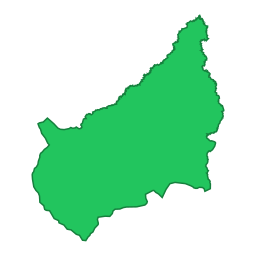 the district of Ban Kruat, Buri Ram, Thailand
{"feature_id": "78962969B45886211066420", "entity_name": "Ban Kruat", "entity_type": "district", "adm_level": 2, "iso_a3": "THA", "parent_name": "Thailand", "parent_adm1": "Buri Ram", "projection": "albers", "projection_center": [103.161, 14.416], "detail": "fine", "context": "isolated", "style": "filled", "palette": "green", "viewbox_px": 256, "rotation_deg": 0, "n_neighbors": 0, "source": "geoboundaries", "source_scale": "gbopen_adm2", "svg_char_len": 5769}
<svg xmlns="http://www.w3.org/2000/svg" viewBox="0 0 256 256"><path d="M200.4,43.9L200.7,42.8L200.2,41.5L201.6,40.8L201.3,40.4L202.0,40.3L201.8,39.9L203.7,39.6L204.2,40.3L204.5,39.3L205.5,40.2L206.5,39.9L206.5,40.5L208.3,38.6L207.6,38.4L206.9,36.9L207.5,35.4L206.6,34.9L206.5,31.6L206.0,31.7L206.2,30.6L206.7,30.4L206.4,28.8L206.9,28.5L206.8,27.7L207.5,27.4L207.6,26.1L206.1,25.9L204.0,24.2L204.5,23.3L203.5,23.3L203.7,21.6L203.0,21.4L203.0,20.4L202.1,20.4L202.9,20.0L202.1,18.6L201.2,18.4L200.8,19.4L199.9,19.2L199.5,18.2L200.3,16.8L199.7,15.4L198.9,15.9L198.6,17.9L197.8,17.7L196.8,19.1L196.1,18.3L195.8,20.0L194.9,20.0L194.5,20.9L194.0,21.2L193.4,20.4L192.2,21.6L190.5,21.0L188.7,22.6L187.3,22.9L187.2,23.8L186.4,24.1L187.4,25.1L187.0,27.5L183.0,28.9L182.0,28.7L181.6,30.4L180.3,31.2L180.2,31.8L179.3,31.3L178.9,33.5L177.8,34.7L178.4,36.6L178.0,37.0L178.4,37.2L178.2,38.5L178.7,38.8L178.0,39.4L178.0,40.2L177.5,40.3L178.1,41.3L177.2,41.7L177.6,42.1L177.2,42.4L176.0,42.1L175.6,42.6L175.3,42.1L174.9,42.7L172.8,44.0L173.3,45.8L174.2,46.2L174.4,46.8L173.7,47.5L174.1,48.3L174.7,48.3L174.7,49.2L173.7,49.0L173.4,49.9L173.7,50.2L172.0,51.2L172.3,52.2L170.6,52.9L169.9,54.2L169.0,54.2L167.3,55.2L167.0,56.0L167.8,57.6L165.9,58.7L165.5,59.4L163.9,60.0L163.9,60.7L162.9,61.1L162.8,62.9L162.3,62.6L161.9,63.2L161.7,62.6L160.9,62.6L160.7,63.6L158.6,65.2L157.5,64.4L156.2,65.2L154.7,64.8L153.8,65.9L154.3,66.4L152.4,67.5L152.6,68.3L150.6,68.1L150.4,68.6L151.2,70.1L150.3,70.6L150.8,71.0L150.6,71.8L150.2,71.7L150.4,72.3L149.6,72.4L149.8,73.1L149.0,73.3L148.7,74.1L148.4,73.7L148.1,74.2L147.6,73.9L147.7,74.3L146.9,74.9L146.3,74.6L146.1,75.0L145.0,74.9L144.3,74.4L143.7,75.3L145.0,75.9L144.6,76.1L144.8,76.7L144.2,76.8L144.3,77.4L143.7,77.6L144.1,77.8L143.8,79.2L143.0,79.1L141.6,79.9L142.5,81.2L141.5,81.7L140.9,81.5L140.5,82.9L139.7,83.2L139.8,84.8L139.1,84.4L137.5,84.7L137.8,85.2L137.5,85.6L136.6,85.9L135.2,85.4L134.6,86.2L133.1,86.3L132.7,85.3L131.1,86.1L130.3,85.6L129.6,86.2L130.0,86.5L128.5,87.3L128.6,88.5L128.1,88.6L127.8,87.8L127.3,88.5L126.2,88.3L125.5,89.9L126.3,90.9L126.1,91.3L125.2,91.1L125.1,92.3L124.5,93.1L125.2,93.7L125.1,94.4L124.5,94.0L124.0,94.3L124.0,93.8L122.9,94.1L122.3,96.1L120.8,96.2L121.0,97.0L120.1,96.4L119.1,97.1L118.9,98.0L119.4,98.5L118.7,99.0L119.1,99.4L118.5,99.5L118.3,100.7L116.8,101.3L117.1,101.8L116.3,102.4L116.6,104.1L115.5,104.3L115.0,103.9L113.4,105.1L112.4,104.9L112.1,105.4L111.4,105.1L111.1,105.6L108.8,105.8L106.8,107.0L107.1,108.2L105.7,108.3L105.2,107.8L102.9,108.0L102.0,108.4L101.9,109.0L100.4,108.8L99.6,109.9L97.6,109.7L96.9,110.3L95.9,110.0L94.8,111.4L92.7,112.1L93.0,113.3L91.6,114.7L90.1,114.4L90.1,113.8L88.9,113.6L87.2,114.7L86.6,114.5L85.2,116.7L86.1,118.5L84.8,118.5L83.5,119.1L82.3,123.4L81.0,124.2L80.9,125.2L81.7,125.9L81.8,127.5L81.1,127.8L81.0,128.4L79.0,128.8L76.2,127.0L75.5,127.8L72.8,128.3L70.8,127.5L69.1,128.6L64.2,129.6L60.3,129.3L57.9,128.1L53.9,123.8L47.4,118.1L43.3,122.0L39.4,122.9L38.0,123.8L39.4,127.6L40.5,129.1L41.7,133.4L45.4,138.2L47.7,143.1L49.3,144.9L47.1,147.5L44.4,149.4L42.4,151.9L40.6,153.3L39.8,155.4L39.8,157.3L38.4,161.1L37.9,164.4L36.3,167.1L34.5,168.4L33.7,171.7L32.6,173.1L32.2,174.7L32.5,179.1L33.8,186.8L35.9,190.3L38.3,192.8L39.5,195.9L39.9,202.3L43.8,205.7L44.7,209.4L46.2,210.3L49.6,210.7L54.2,218.6L58.6,220.6L59.0,222.8L63.9,225.0L67.2,229.2L71.1,229.9L76.3,234.3L79.5,235.3L82.5,240.2L85.8,240.6L88.1,236.9L89.8,235.4L90.4,233.7L92.9,232.0L94.7,228.2L98.1,224.6L98.3,223.2L97.4,219.5L98.1,217.2L105.2,216.2L109.8,216.4L112.3,213.6L113.0,211.0L115.0,209.2L119.9,209.0L123.3,207.6L126.5,207.0L136.8,206.8L144.9,205.0L146.7,203.4L147.3,201.6L145.8,198.3L145.5,194.3L152.9,190.5L154.0,190.5L155.8,192.4L158.5,193.9L162.2,197.5L166.0,189.4L169.9,183.7L175.0,182.4L185.3,183.6L190.7,185.7L193.0,186.9L193.6,187.7L195.4,188.3L197.3,188.3L199.2,187.3L202.4,187.5L204.1,188.6L204.9,191.3L210.3,188.7L210.4,183.8L209.8,182.3L210.1,181.3L209.2,179.9L208.3,179.4L207.4,175.5L207.7,174.7L206.7,173.3L207.2,173.3L207.6,171.7L208.4,170.7L207.5,169.9L206.9,167.8L205.7,166.3L206.2,164.5L207.5,162.8L207.9,160.7L207.5,160.0L208.1,159.3L207.4,158.4L207.6,156.9L206.9,156.0L207.1,153.3L208.9,151.0L209.5,150.9L210.1,151.5L212.5,149.7L214.7,146.2L215.5,143.2L215.4,142.4L214.1,141.6L211.6,140.8L210.8,141.1L209.2,140.3L208.8,139.5L207.0,138.3L206.5,136.6L207.1,136.1L206.9,135.5L207.5,135.3L207.4,134.9L207.9,134.9L207.2,134.0L208.7,134.2L209.6,133.6L209.9,134.0L210.4,133.5L210.5,133.9L211.7,132.8L213.6,133.1L214.3,132.7L214.3,132.0L215.9,131.9L216.6,131.4L216.7,130.3L217.1,130.2L217.5,129.0L217.2,128.7L217.7,128.4L217.3,127.8L218.2,126.9L218.5,124.5L219.8,123.1L220.2,121.1L221.8,119.4L222.1,118.0L222.8,117.8L222.5,117.3L223.2,116.1L222.6,114.4L223.0,113.4L221.8,111.5L223.6,110.9L223.8,110.2L222.5,106.0L221.7,105.9L221.9,105.5L220.9,105.2L220.9,104.7L218.6,103.0L218.7,101.7L218.1,101.1L218.7,100.5L218.5,99.3L219.4,98.3L219.1,96.6L218.5,95.6L216.5,95.2L216.7,93.0L215.2,92.2L215.1,91.4L215.9,89.9L215.6,88.7L216.3,88.4L215.5,86.6L216.4,85.3L216.4,83.8L215.7,83.5L215.2,83.8L215.0,83.4L215.8,82.2L214.9,81.3L214.7,81.6L213.5,81.2L213.7,80.4L213.3,79.8L211.1,79.2L210.1,77.2L208.8,77.0L208.9,76.0L209.5,75.4L209.1,75.0L210.0,74.2L210.0,73.7L208.3,72.1L207.5,72.1L207.4,70.8L206.2,71.4L205.7,70.9L205.8,70.2L204.6,70.9L202.9,69.7L202.9,68.1L202.4,67.9L202.1,66.4L202.9,65.6L204.1,66.0L204.9,64.8L204.3,63.9L205.0,62.8L204.2,62.0L204.9,61.7L205.5,60.6L205.3,60.1L206.1,59.7L206.6,59.9L206.8,58.3L205.9,56.3L204.8,56.1L205.0,55.6L204.3,54.6L203.2,54.4L203.6,52.7L201.7,51.7L201.9,51.1L201.5,50.8L202.0,50.3L201.4,50.2L202.7,49.6L202.0,49.0L202.0,48.4L201.5,48.4L201.7,47.1L200.9,46.0L201.5,45.4L200.9,44.3L201.2,43.8L200.4,43.9Z" fill="#22c55e" stroke="#15803d" stroke-width="1.5"/></svg>